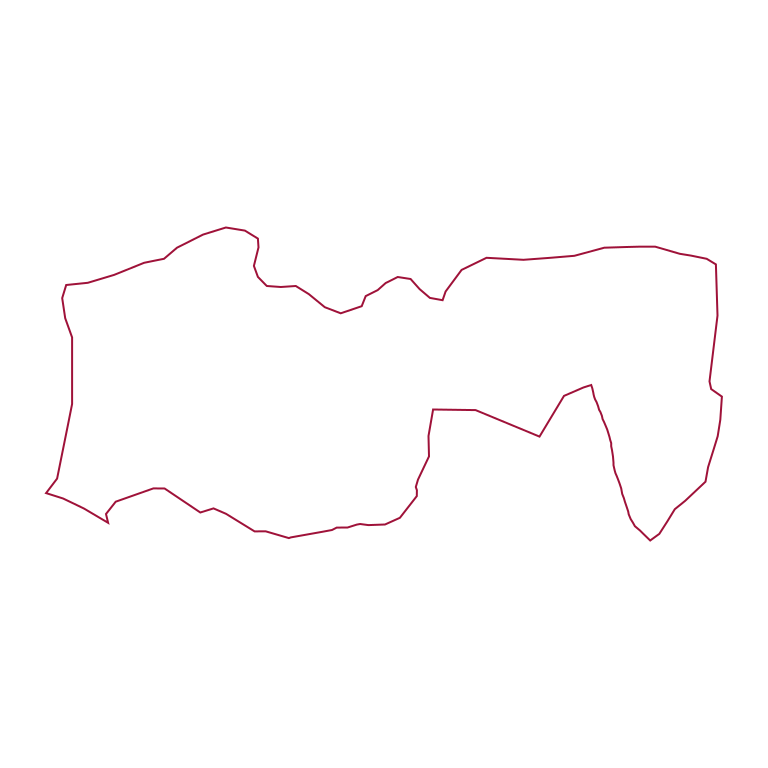 Odo Otin, Osun, Nigeria
{"feature_id": "59680162B86061563506110", "entity_name": "Odo Otin", "entity_type": "district", "adm_level": 2, "iso_a3": "NGA", "parent_name": "Nigeria", "parent_adm1": "Osun", "projection": "orthographic", "projection_center": [4.703, 8.017], "detail": "fine", "context": "isolated", "style": "outline", "palette": "rose", "viewbox_px": 768, "rotation_deg": 0, "n_neighbors": 0, "source": "geoboundaries", "source_scale": "gbopen_adm2", "svg_char_len": 1912}
<svg xmlns="http://www.w3.org/2000/svg" viewBox="0 0 768 768"><path d="M87.8,282.8L66.2,285.0L62.2,298.1L65.2,318.2L72.1,337.4L72.1,361.1L72.1,362.6L72.1,376.7L72.1,404.0L67.9,425.1L57.1,478.6L46.1,493.1L63.1,498.5L83.9,508.5L108.1,522.8L106.0,514.0L115.7,501.7L153.4,488.4L164.6,488.5L200.3,512.5L213.5,508.4L226.0,513.8L254.6,531.4L265.6,531.3L288.9,538.1L290.8,537.4L322.3,531.8L332.0,530.0L336.7,527.6L347.6,527.5L356.8,524.6L360.1,524.0L368.4,525.1L385.0,524.5L399.9,517.8L416.8,496.1L416.9,490.2L415.8,487.0L418.0,479.6L429.0,456.4L428.5,436.0L433.1,409.5L475.6,410.1L539.5,436.6L564.0,395.9L583.4,387.5L591.2,385.0L592.3,388.3L593.3,392.7L593.6,394.5L594.2,396.9L595.1,399.4L596.6,402.2L598.1,406.2L599.1,409.8L600.4,412.0L601.9,415.8L602.6,419.1L604.0,421.9L605.7,425.9L607.2,429.5L608.5,433.7L609.5,437.0L610.2,440.0L611.2,443.1L611.2,446.3L612.0,450.1L613.0,456.6L613.5,462.7L613.5,465.2L614.7,470.5L615.5,473.3L616.7,476.0L618.0,479.3L619.5,483.3L621.2,488.4L622.2,493.9L623.9,498.2L624.9,501.7L626.7,507.0L628.2,511.5L628.7,514.3L630.7,519.1L632.9,522.6L634.9,526.2L640.0,530.5L643.1,533.6L650.2,540.5L657.2,535.4L659.3,533.9L667.4,521.3L674.8,509.2L685.2,500.8L705.5,481.7L708.1,467.1L713.8,448.9L717.7,436.2L720.3,419.8L721.9,396.6L711.2,389.1L709.5,381.4L717.5,315.6L715.9,264.4L706.7,258.8L691.0,255.6L679.8,253.8L655.3,246.7L638.3,246.7L626.7,247.0L604.3,247.7L574.4,255.8L550.4,257.8L523.5,259.8L523.4,259.8L512.4,259.2L486.5,257.8L461.6,269.9L445.6,291.5L442.6,300.2L429.9,297.9L419.6,289.1L410.6,279.0L397.7,277.0L388.4,281.7L385.7,283.0L377.7,290.1L365.7,296.1L361.7,306.2L340.7,313.3L324.8,307.2L308.8,294.1L295.8,286.0L280.8,287.0L266.9,286.0L266.1,285.3L257.9,276.9L255.5,270.3L253.9,265.9L258.5,247.4L257.9,238.6L244.9,230.6L225.9,227.5L215.9,230.6L203.0,234.6L177.0,247.7L164.0,258.8L155.4,260.5L144.1,262.8L114.1,274.9L87.8,282.8Z" fill="none" stroke="#9f1239" stroke-width="2"/></svg>